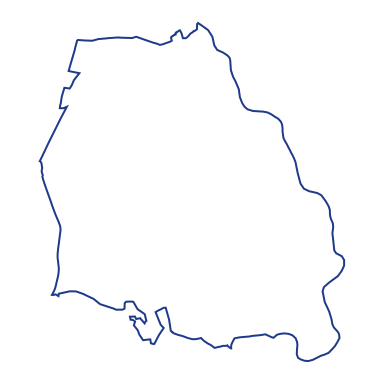 outline of Pelču pag., Kuldigas, Latvia
{"feature_id": "27541924B78611617538916", "entity_name": "Pelču pag.", "entity_type": "district", "adm_level": 2, "iso_a3": "LVA", "parent_name": "Latvia", "parent_adm1": "Kuldigas", "projection": "albers", "projection_center": [21.992, 56.908], "detail": "fine", "context": "isolated", "style": "outline", "palette": "blue", "viewbox_px": 384, "rotation_deg": 0, "n_neighbors": 0, "source": "geoboundaries", "source_scale": "gbopen_adm2", "svg_char_len": 4960}
<svg xmlns="http://www.w3.org/2000/svg" viewBox="0 0 384 384"><path d="M55.6,286.6L55.5,287.0L54.9,288.8L54.5,289.9L54.0,290.9L53.6,291.8L52.7,293.6L51.9,294.9L52.6,295.1L55.6,294.4L58.5,296.1L58.8,293.7L67.2,291.9L69.7,291.3L76.0,291.4L83.7,294.1L85.0,294.9L86.2,295.4L90.4,297.4L93.2,298.7L93.6,298.9L99.0,303.3L100.2,304.2L102.6,305.0L111.9,308.0L112.0,308.0L112.4,308.2L113.7,308.6L116.1,309.7L122.4,309.7L124.5,308.7L124.7,303.2L126.1,301.7L128.5,301.6L132.6,301.6L133.2,301.8L133.9,302.7L136.4,307.2L137.7,309.3L144.4,313.9L144.7,314.2L144.8,314.5L146.3,320.6L146.1,320.6L144.6,323.4L140.1,318.2L136.3,319.0L136.2,319.0L136.0,318.6L134.9,316.5L129.9,316.7L130.6,319.7L132.7,319.9L135.1,321.4L133.9,325.4L136.8,329.0L137.9,330.6L139.4,334.7L143.1,340.2L147.6,339.6L150.3,339.4L150.9,343.3L153.7,344.1L154.4,343.8L154.4,343.4L154.7,343.1L155.0,342.7L157.2,338.3L159.3,334.5L163.7,328.0L160.6,324.7L160.3,323.8L159.3,321.4L155.6,312.1L159.2,310.0L159.7,309.9L163.6,307.8L165.7,307.7L169.1,319.7L170.7,330.2L170.8,330.8L172.3,331.9L172.1,332.2L174.0,333.4L177.0,334.5L179.9,335.4L181.8,335.8L184.1,336.6L186.4,337.5L188.5,338.2L191.7,339.0L193.2,339.2L194.4,339.2L196.1,339.1L199.0,338.5L200.0,338.3L201.1,338.0L202.5,339.5L204.1,341.0L208.3,343.8L210.8,345.0L214.6,347.9L219.4,346.7L220.1,346.8L222.6,345.9L226.9,345.8L227.3,345.4L228.3,346.6L228.6,346.8L228.9,347.0L230.8,348.4L231.2,348.4L231.1,347.8L231.2,346.4L231.2,345.4L231.5,344.3L232.1,342.9L233.2,340.7L234.5,338.3L238.7,337.5L240.0,337.3L250.2,336.4L251.4,336.0L254.4,335.7L260.8,335.1L262.5,334.8L263.6,334.6L265.3,334.3L270.4,336.6L271.4,337.1L273.5,337.8L276.9,334.8L279.6,334.0L283.8,333.4L288.4,333.8L292.3,335.2L295.6,338.2L297.0,341.7L297.4,344.9L296.9,350.9L296.8,354.5L298.1,357.8L300.7,359.4L304.6,360.8L308.6,361.0L312.9,359.8L317.1,357.7L320.8,355.8L324.6,354.6L328.7,352.8L329.8,351.6L332.7,348.6L334.9,346.1L337.1,342.6L339.5,338.0L339.1,334.7L338.5,332.8L337.0,330.9L334.1,327.7L333.3,326.3L332.3,323.9L331.5,319.2L329.2,311.6L326.8,306.4L324.7,301.9L322.6,291.3L324.0,287.0L329.3,282.4L338.0,276.0L341.8,270.7L344.1,265.6L344.1,260.0L341.8,256.2L336.2,253.3L334.3,250.5L332.8,236.6L332.4,233.6L333.2,226.6L332.8,223.3L330.7,218.3L330.0,215.1L329.8,209.8L328.6,206.2L325.7,201.2L321.3,195.2L317.2,193.0L309.1,191.2L303.9,188.7L300.5,183.6L298.8,177.2L297.7,173.1L295.5,162.1L294.1,158.6L292.3,154.7L291.2,152.9L290.1,150.5L289.4,149.2L288.7,147.9L286.6,143.8L285.3,141.6L283.7,138.6L283.4,137.4L283.2,136.2L283.0,134.9L282.5,131.2L282.6,129.1L282.1,124.6L280.9,121.7L278.3,118.8L274.0,116.2L271.3,114.3L269.9,113.6L269.7,113.5L267.6,112.5L263.1,111.6L253.0,111.0L247.5,109.3L244.5,106.7L242.1,102.9L240.3,98.2L239.9,97.2L238.8,89.2L235.4,81.2L233.0,76.6L230.9,70.2L230.2,60.1L229.5,57.7L227.5,55.5L223.3,52.7L217.2,49.9L214.3,45.4L212.4,36.8L208.2,30.2L201.3,25.2L198.0,23.0L197.3,24.3L197.1,24.3L197.1,24.6L197.1,25.0L196.9,29.4L194.5,31.0L193.5,31.1L193.1,31.9L192.5,32.3L191.4,33.0L190.1,33.8L189.9,34.3L189.1,35.2L188.9,35.5L188.3,36.1L187.7,36.7L186.8,37.5L186.1,38.0L185.8,38.2L185.7,38.2L182.9,38.2L182.6,37.2L182.0,34.9L181.8,34.2L181.7,34.0L181.4,33.1L181.0,32.3L180.7,31.6L180.2,30.8L179.9,30.3L179.0,30.7L177.4,31.8L177.1,31.8L176.9,32.0L176.9,32.3L176.4,32.5L176.2,32.5L176.0,33.2L175.9,33.3L175.7,33.0L175.3,33.5L175.5,34.5L175.4,34.5L175.1,34.4L174.5,35.0L174.1,35.0L173.7,35.2L173.2,35.8L172.5,36.0L172.4,36.3L171.6,36.7L171.4,37.1L171.0,37.6L171.8,40.7L170.1,41.7L163.8,43.9L162.4,44.4L159.8,44.9L157.4,43.8L155.5,43.3L155.2,43.2L153.2,42.7L151.9,42.2L147.2,40.6L143.7,39.4L136.6,36.9L136.3,36.8L136.1,36.8L132.2,38.0L131.6,38.0L128.6,37.9L124.4,37.8L119.2,37.6L118.8,37.4L111.9,37.9L109.7,38.0L108.7,38.1L107.8,38.2L106.2,38.4L103.9,38.6L102.4,38.7L100.8,38.9L99.2,39.0L98.1,39.1L96.6,39.6L96.1,39.7L95.4,39.9L94.3,40.2L92.0,40.8L91.4,40.7L85.6,40.5L85.4,40.5L81.1,40.2L78.1,40.0L77.8,40.0L77.2,40.1L77.4,40.1L77.2,40.4L75.3,47.4L74.6,50.5L71.3,61.7L68.6,71.0L79.4,73.2L74.0,80.0L71.8,85.1L70.1,87.9L69.7,88.5L64.4,87.8L62.1,95.5L61.5,98.2L60.8,103.3L60.1,105.6L59.8,108.2L63.6,108.2L66.8,106.8L60.0,119.8L54.0,131.9L47.6,144.8L45.1,150.2L39.9,161.0L40.2,161.0L41.5,163.3L42.2,168.2L41.8,169.7L41.7,171.9L42.8,175.4L42.4,176.6L42.5,177.4L42.9,178.5L43.2,179.7L43.5,180.7L43.9,181.8L44.0,182.2L44.6,184.1L45.5,186.6L46.6,189.8L50.0,199.3L50.3,200.0L51.4,203.4L51.5,203.6L52.2,205.7L52.4,206.2L53.3,208.7L54.3,211.4L55.9,215.5L56.1,216.0L58.4,221.3L58.8,222.2L58.9,222.7L59.2,223.5L59.8,225.0L60.0,225.6L60.1,226.3L60.3,226.8L60.3,227.1L60.4,227.7L60.5,228.4L60.5,229.0L60.5,229.8L60.4,231.4L59.8,235.6L59.6,237.3L59.3,239.8L59.2,240.7L58.9,243.1L58.2,248.0L58.0,249.6L57.9,251.2L57.7,252.8L57.6,254.5L57.6,256.2L57.6,257.9L57.8,259.6L58.0,260.9L58.0,261.2L58.3,263.7L58.5,265.3L58.6,265.9L58.7,267.0L58.8,268.5L58.8,269.3L58.8,270.1L58.6,271.8L58.5,273.4L58.2,275.0L58.0,276.5L57.4,278.9L56.9,281.0L55.6,286.6Z" fill="none" stroke="#1e3a8a" stroke-width="2"/></svg>